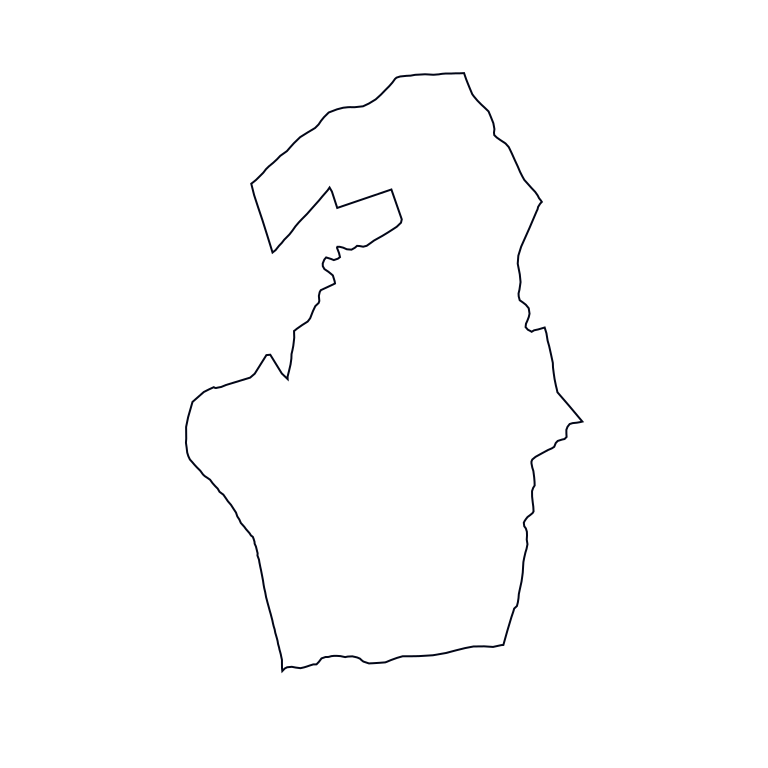 Kampong Siem, Kâmpóng Cham, Cambodia, rotated 161°
{"feature_id": "14789045B55326274387171", "entity_name": "Kampong Siem", "entity_type": "district", "adm_level": 2, "iso_a3": "KHM", "parent_name": "Cambodia", "parent_adm1": "Kâmpóng Cham", "projection": "robinson", "projection_center": [105.438, 12.055], "detail": "fine", "context": "isolated", "style": "outline", "palette": "ink", "viewbox_px": 768, "rotation_deg": 161, "n_neighbors": 0, "source": "geoboundaries", "source_scale": "gbopen_adm2", "svg_char_len": 5083}
<svg xmlns="http://www.w3.org/2000/svg" viewBox="0 0 768 768"><g transform="rotate(161 384 384)"><path d="M208.7,283.9L216.1,303.2L222.7,319.7L222.3,323.0L222.0,326.4L221.1,333.2L220.0,339.0L218.8,344.7L217.5,349.0L216.5,357.2L215.5,366.1L215.2,371.6L213.9,379.1L213.7,385.1L220.5,385.4L224.6,385.9L227.4,385.3L228.2,386.3L230.3,388.5L231.6,391.7L230.7,393.6L230.1,394.8L227.9,397.1L225.3,400.2L223.5,403.1L222.5,408.5L224.1,412.8L226.2,416.0L228.4,419.0L228.1,423.0L227.3,425.8L225.2,429.1L221.7,435.9L219.9,443.5L218.4,454.2L215.2,461.6L209.6,469.2L195.5,484.3L183.3,497.8L182.0,499.1L180.6,501.3L177.6,503.7L175.5,504.8L176.0,506.7L176.9,509.2L177.3,512.2L178.5,516.4L180.8,521.5L183.0,526.8L184.9,531.3L185.6,535.2L186.3,540.3L186.7,546.1L187.4,552.8L188.0,559.6L188.3,562.4L188.9,567.4L190.8,571.9L194.5,576.7L197.1,580.3L198.7,583.4L198.2,585.8L196.6,589.1L195.7,595.0L196.0,601.6L196.4,607.7L198.9,612.6L201.0,616.5L203.4,621.5L205.4,626.7L206.2,629.3L206.6,635.4L206.9,640.7L207.1,645.4L207.1,648.8L207.1,651.9L210.6,652.9L215.4,654.5L219.8,655.8L224.7,657.5L227.8,658.3L229.8,658.7L231.2,658.9L236.6,660.3L240.7,662.0L244.4,663.5L248.7,664.7L253.9,666.2L258.5,666.9L262.2,668.0L268.6,669.5L272.4,669.6L274.2,668.9L277.9,666.3L282.1,663.9L287.4,661.3L292.7,658.6L299.2,655.8L307.0,654.1L313.4,653.4L321.8,655.3L325.9,656.8L327.8,657.4L332.6,658.5L339.0,659.0L347.9,658.7L353.9,655.8L357.9,653.3L361.3,650.7L365.8,648.5L374.3,646.7L382.9,644.7L390.8,641.0L396.2,638.0L400.0,635.8L403.7,634.7L407.8,633.5L412.0,631.3L416.8,629.2L421.9,627.3L425.7,625.5L429.3,623.1L434.0,620.8L438.6,618.6L441.6,617.5L444.3,616.6L445.3,604.9L445.5,592.3L445.6,578.6L446.0,563.2L446.4,550.0L446.6,544.6L442.9,545.9L438.2,548.9L434.7,550.7L431.2,553.0L429.9,553.6L428.5,554.3L424.7,556.2L420.7,558.8L416.4,561.9L412.0,564.5L407.8,566.7L401.3,569.9L395.7,573.1L385.7,578.7L381.3,581.4L374.2,585.5L371.5,587.5L370.6,582.9L370.9,565.7L313.7,565.5L313.6,533.9L315.4,531.0L320.8,528.5L326.4,527.1L331.3,525.9L337.3,524.6L342.3,523.7L346.7,522.9L350.6,521.7L355.4,520.3L359.0,520.6L362.2,522.4L364.5,523.4L367.2,522.3L371.0,521.6L375.3,523.5L378.2,526.2L381.3,528.2L383.4,528.9L384.1,528.1L383.9,522.4L384.3,518.3L386.8,517.5L391.1,517.5L393.4,519.5L397.5,522.5L399.9,521.1L402.7,517.9L403.5,515.3L402.9,512.0L400.0,508.2L398.0,505.0L397.0,503.3L397.2,497.3L397.6,495.0L399.7,494.7L413.2,493.3L414.9,491.8L416.9,488.5L417.4,486.5L418.1,483.6L419.4,481.9L423.6,480.0L427.4,476.1L432.4,470.2L435.8,467.9L442.1,466.4L448.7,464.5L450.2,463.9L451.8,463.4L453.8,457.0L455.9,452.6L457.4,449.5L459.6,445.7L461.7,442.4L463.3,438.2L466.0,432.9L469.6,427.2L472.8,422.3L473.5,420.0L477.2,427.2L482.0,448.7L485.8,449.6L502.9,435.8L508.5,433.6L533.5,434.5L538.9,434.2L542.3,434.7L544.2,434.9L545.1,435.4L546.0,436.4L551.1,435.9L557.0,435.1L570.9,429.4L580.0,416.4L585.1,407.8L588.8,396.7L590.4,392.9L591.3,388.2L592.4,383.2L592.5,379.4L592.1,375.8L590.7,372.5L589.5,369.4L588.1,366.2L585.9,361.7L584.6,357.4L583.5,355.3L581.5,352.7L579.6,350.1L578.4,346.1L576.9,342.5L575.3,339.2L574.6,335.6L571.9,331.6L570.7,327.4L569.8,324.0L568.0,319.5L567.0,315.3L565.8,310.6L565.8,306.5L564.9,303.0L564.6,299.2L562.6,294.5L561.7,291.6L559.7,286.7L559.1,284.1L557.8,282.2L557.7,280.1L557.8,277.0L558.3,275.1L558.0,272.0L558.5,266.6L558.6,265.1L559.5,263.0L559.4,258.6L559.9,255.9L560.1,254.3L560.5,251.5L560.9,248.0L561.7,242.3L562.4,237.5L563.2,233.3L563.7,230.0L564.1,225.9L564.9,220.7L565.0,219.0L565.3,215.3L565.6,210.5L565.9,206.0L566.0,203.6L566.2,201.1L566.5,197.0L566.9,193.9L567.2,190.7L567.3,187.5L567.8,184.1L567.9,181.6L568.1,177.9L568.3,175.6L568.8,172.7L569.0,169.1L569.3,166.8L569.4,164.8L569.6,162.0L569.9,159.9L570.1,158.2L570.3,156.4L571.2,153.8L571.9,151.7L572.9,148.7L573.6,145.7L570.5,147.3L567.8,147.7L563.2,146.6L559.9,144.7L555.5,142.5L551.8,142.1L549.0,142.0L545.7,142.0L542.2,141.9L539.1,140.9L536.0,142.5L532.4,144.9L528.1,144.9L525.4,144.0L522.3,143.8L519.7,143.2L517.1,142.3L513.8,140.9L509.6,138.4L507.1,138.1L502.6,136.8L500.0,135.2L498.3,134.1L496.1,132.1L495.2,130.3L493.9,128.3L489.2,124.7L485.4,123.6L479.6,122.0L473.5,120.4L472.0,120.4L467.3,120.7L460.8,120.8L455.1,120.5L448.7,118.3L439.8,115.4L426.1,111.6L413.1,109.5L402.3,108.7L393.3,107.9L384.9,106.7L374.6,103.3L366.5,99.9L358.0,98.9L356.1,98.4L347.8,110.4L339.4,122.1L335.7,126.9L334.0,129.3L330.6,130.8L328.5,134.0L326.5,137.8L324.9,141.5L322.2,146.0L318.3,152.4L316.3,156.3L314.2,160.5L312.4,164.9L310.2,170.2L308.1,173.9L305.1,178.7L302.9,181.7L300.5,185.8L299.7,190.4L298.1,194.2L297.0,197.8L296.9,201.3L297.7,203.8L297.0,207.3L295.6,208.7L293.6,210.2L291.6,211.5L288.4,212.5L285.5,213.6L284.1,214.8L282.8,219.3L281.9,223.7L280.6,229.4L278.9,234.5L276.8,237.2L274.6,239.0L273.5,242.5L272.4,246.8L271.1,253.1L271.0,256.6L270.4,261.0L269.8,262.7L268.4,264.3L264.4,265.8L257.0,267.1L250.4,268.2L246.3,268.5L243.5,269.2L240.8,272.3L238.3,273.6L233.8,273.5L231.2,273.2L228.6,274.5L227.7,277.7L226.5,281.3L224.4,283.8L221.5,285.7L218.4,285.6L214.1,284.6L210.9,284.1L208.7,283.9Z" fill="none" stroke="#020617" stroke-width="2"/></g></svg>